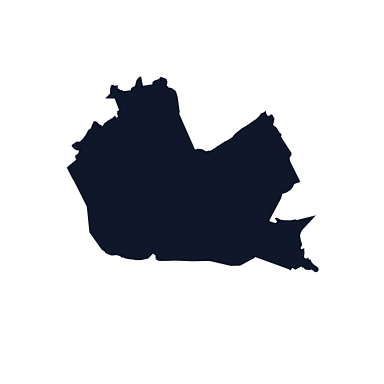 Cuitzeo, Michoacán, Mexico, rotated 149°
{"feature_id": "50627088B4770354561434", "entity_name": "Cuitzeo", "entity_type": "district", "adm_level": 2, "iso_a3": "MEX", "parent_name": "Mexico", "parent_adm1": "Michoacán", "projection": "orthographic", "projection_center": [-101.122, 19.987], "detail": "fine", "context": "isolated", "style": "filled", "palette": "ink", "viewbox_px": 384, "rotation_deg": 149, "n_neighbors": 0, "source": "geoboundaries", "source_scale": "gbopen_adm2", "svg_char_len": 5882}
<svg xmlns="http://www.w3.org/2000/svg" viewBox="0 0 384 384"><g transform="rotate(149 192 192)"><path d="M100.4,108.2L115.7,112.9L117.2,112.8L117.6,114.4L117.7,114.5L122.3,116.2L128.1,119.8L130.7,121.9L131.2,122.5L132.8,125.5L133.8,125.8L133.3,122.5L133.2,122.4L135.0,121.9L135.9,121.4L136.8,121.7L138.7,123.6L141.2,126.5L140.8,128.5L119.5,141.2L116.8,143.7L116.2,144.5L115.2,144.6L113.8,144.3L112.3,143.9L110.9,143.6L109.5,143.7L108.4,143.7L107.5,143.8L106.0,144.0L105.0,144.3L103.2,145.0L101.9,146.0L100.5,146.9L99.2,146.8L94.6,145.8L92.8,167.9L92.1,170.0L91.7,171.0L90.3,172.2L88.2,173.1L87.3,175.0L87.4,175.6L87.6,180.2L88.0,193.0L88.0,194.1L87.8,194.1L87.7,194.7L87.3,194.7L87.2,195.3L86.6,195.2L86.6,196.8L87.9,197.0L86.8,199.0L87.5,200.7L87.3,201.0L87.2,201.1L86.9,201.2L87.2,202.7L87.4,204.5L88.0,205.1L88.3,206.6L88.9,207.9L84.4,212.4L84.1,216.3L84.4,217.0L84.8,217.1L85.3,216.9L85.8,216.9L86.7,216.9L87.0,216.8L87.6,216.9L88.1,217.1L88.3,217.6L88.5,217.8L88.6,218.1L88.7,220.7L88.8,221.1L88.8,221.5L88.1,222.7L89.9,222.6L90.9,222.7L92.0,223.0L93.0,222.7L94.2,222.2L94.4,221.9L99.8,220.7L101.2,220.7L106.9,220.3L112.7,220.0L116.4,220.2L119.1,219.8L121.1,219.5L122.2,219.3L123.6,219.3L125.9,218.7L127.5,218.1L129.2,217.4L136.4,217.4L137.2,217.7L145.1,217.4L146.6,217.2L146.8,217.3L147.2,217.3L147.2,217.5L147.9,217.2L148.5,217.1L149.4,217.1L151.7,217.2L153.0,217.0L155.3,217.2L155.3,217.4L155.4,217.5L155.5,217.5L155.9,217.4L156.2,217.5L156.5,217.6L156.9,217.6L157.2,217.8L157.3,218.0L157.3,218.3L157.7,218.1L157.9,218.1L158.0,218.2L158.0,218.3L158.1,218.5L159.1,218.8L159.9,219.6L160.3,220.4L160.4,220.7L160.8,221.0L161.7,222.0L161.5,222.3L161.4,222.4L161.5,222.5L161.9,223.0L164.7,225.1L164.7,224.9L164.8,224.9L165.2,225.3L165.5,225.4L165.9,225.5L166.2,225.5L166.5,225.6L166.7,225.8L167.3,226.1L168.2,226.4L168.4,226.4L163.4,265.9L163.0,266.8L162.7,266.7L162.1,267.2L161.8,267.6L162.0,267.8L161.6,268.4L161.5,268.5L156.6,279.8L155.6,282.4L155.6,283.0L155.4,283.2L154.8,286.3L154.8,287.2L156.0,289.7L156.0,289.9L156.5,291.1L158.3,292.7L159.2,293.7L159.3,294.2L159.2,295.1L159.6,295.9L160.2,296.4L159.1,297.2L158.0,298.3L157.2,299.2L156.9,299.7L156.8,300.6L156.5,301.8L157.4,303.0L159.8,306.0L160.2,305.8L160.9,305.7L161.1,305.5L161.5,304.4L161.6,304.1L162.3,304.8L163.2,305.5L164.4,305.5L166.4,306.1L168.7,305.9L169.2,305.5L169.4,304.1L171.2,304.0L173.5,305.2L180.4,307.8L179.2,310.9L179.2,311.7L178.8,312.2L178.7,312.7L178.6,313.6L178.6,313.8L178.6,314.0L178.0,314.0L177.7,315.0L177.1,316.7L178.6,316.9L181.9,315.5L182.7,314.5L183.9,313.4L184.9,312.5L185.8,311.7L186.2,311.4L187.2,311.5L188.0,311.5L188.6,311.6L189.4,311.7L190.2,311.6L191.8,309.8L198.8,312.8L199.8,313.8L200.1,315.0L201.0,315.3L201.4,315.5L202.4,315.6L203.0,315.7L202.5,316.0L201.9,317.0L201.9,317.4L202.4,317.7L203.1,318.2L203.1,318.8L201.8,321.5L202.4,321.7L202.9,321.9L203.4,322.0L204.0,322.1L204.5,322.6L204.9,323.1L204.7,323.5L205.2,323.6L205.4,323.4L205.7,323.6L205.8,324.3L206.8,323.8L206.8,323.6L208.5,322.1L209.9,319.7L211.0,317.9L216.3,316.6L209.3,312.4L211.3,300.9L211.2,300.7L211.3,299.6L211.6,299.4L212.1,299.1L213.2,298.9L214.0,299.0L214.3,298.9L214.2,298.5L213.8,298.3L213.9,298.1L214.1,297.8L214.9,297.6L214.7,297.4L214.6,297.2L214.6,296.8L214.9,296.5L215.4,296.5L215.4,296.3L215.5,295.7L215.6,295.0L215.9,294.8L216.4,294.0L217.1,293.7L217.7,293.8L217.9,293.9L218.2,293.9L218.6,293.7L219.1,293.9L219.4,294.5L219.7,294.4L219.9,294.6L219.9,294.9L219.8,295.1L219.5,295.3L219.5,295.6L219.6,295.9L219.3,296.1L219.3,296.3L220.3,296.1L220.8,295.8L221.6,295.8L222.8,295.8L224.5,295.9L225.3,295.7L226.1,295.4L226.7,295.6L227.1,295.9L227.8,295.9L228.0,295.6L231.9,295.3L231.8,295.1L232.2,294.7L232.6,294.4L234.7,294.0L235.2,293.7L236.3,293.7L237.3,294.3L237.3,294.9L237.2,295.1L236.6,295.3L236.1,295.3L235.9,295.5L236.1,295.9L236.7,296.5L237.6,298.3L238.1,300.6L238.6,301.6L239.2,302.2L239.7,302.2L240.2,302.1L240.8,301.4L241.8,301.0L243.2,300.0L244.1,299.1L244.9,298.5L245.7,298.1L246.7,297.7L248.2,297.6L248.4,297.9L249.4,297.5L251.9,295.9L253.9,294.8L257.2,293.4L257.6,293.2L257.8,293.1L260.1,292.6L262.3,292.3L262.8,292.3L263.4,292.6L264.3,293.1L264.5,293.5L265.2,293.9L266.3,293.8L267.4,293.7L269.4,293.6L270.5,293.4L270.7,293.2L270.7,292.6L270.4,291.8L270.2,290.8L270.2,289.9L268.7,287.6L267.9,287.1L267.2,286.5L266.6,286.1L266.5,285.9L266.4,285.7L266.5,285.6L266.8,285.1L267.4,284.5L267.9,284.2L267.9,283.8L270.8,282.6L272.6,282.7L273.0,282.5L273.1,282.3L273.2,281.8L273.5,281.3L273.7,280.7L273.7,280.1L273.6,278.9L273.8,278.8L274.6,278.6L285.2,277.0L286.1,276.7L286.2,273.8L286.3,273.8L286.3,272.7L286.8,266.1L286.8,265.3L286.9,265.2L286.7,262.8L287.1,258.1L287.3,254.2L287.9,247.0L288.0,244.9L289.0,233.3L299.9,210.2L298.3,189.0L297.0,188.5L297.5,187.0L296.5,186.0L296.9,184.9L295.8,182.8L293.4,179.8L291.5,178.7L289.2,177.8L288.0,176.6L286.1,174.7L285.3,172.5L284.6,172.4L283.2,170.6L282.3,169.4L279.3,166.9L274.3,162.9L272.2,161.7L269.8,160.3L263.7,158.3L256.4,160.3L255.4,156.6L254.3,155.9L254.5,155.3L256.2,154.8L256.8,153.0L255.5,150.7L252.4,148.7L240.6,142.0L229.7,134.9L227.8,133.6L214.1,125.7L211.3,123.8L196.4,109.4L188.8,105.0L187.7,104.8L172.6,104.1L171.3,104.9L152.8,82.1L148.2,76.4L147.5,75.0L145.0,76.4L142.8,72.8L140.3,72.8L137.8,72.8L135.9,72.5L135.4,72.4L135.6,70.8L135.0,70.9L134.5,69.6L134.4,68.2L134.1,67.6L131.1,65.3L130.8,65.2L130.4,65.2L130.1,65.1L128.7,64.3L128.2,62.9L128.0,62.6L127.7,62.0L127.7,61.7L127.6,61.3L127.4,60.9L126.0,59.7L124.1,60.5L123.7,62.0L124.3,63.7L124.7,64.7L124.9,65.2L125.8,67.0L126.5,70.7L126.3,70.9L126.2,72.3L126.4,72.2L126.4,72.8L127.6,73.0L127.0,75.1L129.4,75.5L130.4,78.2L129.4,80.1L128.2,81.4L128.2,81.5L127.6,82.3L126.8,83.9L125.9,85.5L127.0,85.6L127.7,85.7L128.4,86.0L129.0,86.1L128.2,88.8L125.5,90.4L124.8,92.6L124.4,94.6L122.5,99.5L119.8,102.0L117.0,103.5L100.4,108.2Z" fill="#0f172a" stroke="#020617" stroke-width="1.5"/></g></svg>